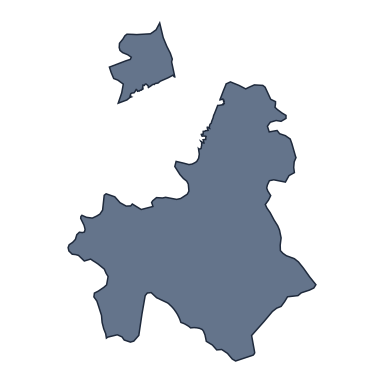 outline of Rural Damascus, Rif Dimashq, Syria
{"feature_id": "27442178B80699161134092", "entity_name": "Rural Damascus", "entity_type": "district", "adm_level": 2, "iso_a3": "SYR", "parent_name": "Syria", "parent_adm1": "Rif Dimashq", "projection": "mercator", "projection_center": [36.292, 33.405], "detail": "fine", "context": "isolated", "style": "filled", "palette": "slate", "viewbox_px": 384, "rotation_deg": 0, "n_neighbors": 0, "source": "geoboundaries", "source_scale": "gbopen_adm2", "svg_char_len": 5607}
<svg xmlns="http://www.w3.org/2000/svg" viewBox="0 0 384 384"><path d="M198.5,148.7L199.3,154.1L198.6,158.3L196.7,161.5L194.9,162.7L192.1,164.1L188.9,164.6L187.9,164.3L183.8,163.2L176.1,161.4L174.8,166.5L179.9,174.5L183.4,178.5L186.7,181.1L188.3,184.1L188.9,191.1L187.3,194.2L180.7,198.5L176.7,199.4L165.6,197.3L162.5,198.0L156.5,197.6L152.7,200.8L151.6,202.5L152.4,204.6L152.9,206.5L141.2,209.5L132.3,204.0L130.7,205.9L126.2,206.1L120.0,202.7L114.8,196.8L106.1,193.8L104.2,195.3L102.6,210.1L99.9,214.1L96.6,216.1L92.3,218.1L86.4,217.3L81.9,215.3L80.9,216.5L80.7,218.4L84.1,225.4L85.1,229.4L84.4,232.0L82.4,232.6L79.4,232.2L76.8,234.7L75.4,239.4L72.6,242.4L69.2,244.7L68.1,247.6L68.9,251.0L72.2,254.2L75.7,254.6L78.5,255.4L84.3,261.0L90.6,259.1L93.1,260.8L95.2,262.1L97.9,263.9L104.3,269.1L106.2,273.5L108.1,276.5L106.6,284.9L103.9,287.3L98.3,291.1L94.4,293.1L93.9,296.9L96.9,301.1L98.8,306.9L101.5,315.4L102.1,322.4L103.7,328.7L105.7,333.7L106.4,338.1L107.8,337.1L117.3,334.8L122.0,336.9L124.2,340.0L130.4,342.1L133.8,341.1L138.8,335.4L142.0,313.8L145.2,295.6L147.3,293.0L151.2,292.6L156.6,297.7L167.4,302.8L168.4,303.5L169.3,304.3L170.2,305.2L171.1,306.0L171.8,306.7L172.6,307.6L173.4,308.5L174.2,309.5L174.9,310.5L175.6,311.5L176.3,312.5L176.9,313.5L177.6,314.6L178.1,315.7L178.7,316.8L179.2,317.9L179.7,319.0L180.1,320.1L180.5,321.3L180.9,322.4L182.2,322.9L182.8,323.1L183.6,323.4L184.2,323.7L184.9,324.0L186.1,324.7L187.3,325.4L188.4,326.1L189.0,326.5L189.6,327.0L190.6,327.9L191.5,327.8L192.2,327.7L192.9,327.7L193.7,327.6L194.4,327.6L195.2,327.7L196.0,327.7L196.7,327.8L197.4,327.9L198.2,328.1L199.0,328.2L199.7,328.4L202.2,329.5L203.4,331.0L205.0,334.9L206.3,341.3L212.4,345.0L216.7,349.9L221.7,349.5L227.5,353.4L232.2,359.0L235.6,361.0L253.2,355.1L254.4,353.6L254.7,352.6L251.6,335.5L264.1,321.4L272.4,311.5L276.6,308.2L281.1,306.4L284.7,301.5L287.5,296.8L298.0,295.6L301.3,292.8L309.5,290.1L313.8,288.0L315.9,284.7L309.7,277.0L303.6,268.4L298.4,261.9L294.4,258.7L286.3,255.7L282.9,253.3L280.4,250.6L280.2,245.2L281.1,237.9L279.5,230.1L277.7,225.8L274.1,220.1L270.1,212.6L266.9,208.0L265.3,204.5L268.5,200.1L270.7,195.6L267.8,191.0L266.7,188.0L267.4,185.0L269.4,180.7L273.7,179.8L285.4,182.1L289.0,175.6L294.4,172.6L293.7,167.5L294.2,161.8L296.0,157.6L295.5,156.3L292.9,147.2L291.9,143.7L290.2,139.0L286.7,136.6L285.5,135.7L279.6,133.7L277.1,130.5L269.2,131.9L267.4,126.2L270.3,122.2L276.1,120.5L281.1,121.3L286.0,118.4L286.0,115.4L282.0,113.0L277.3,109.5L275.0,107.3L275.5,103.8L275.5,101.6L270.7,99.3L265.1,87.2L262.8,85.4L254.3,84.9L248.9,87.3L245.7,88.9L239.0,85.4L230.4,81.9L226.1,83.9L225.9,84.6L224.9,87.1L223.5,90.5L220.6,98.1L220.1,99.2L220.0,99.9L220.8,99.7L221.7,99.4L222.8,99.0L223.1,99.6L223.4,100.4L223.4,100.5L223.5,100.5L223.8,100.4L223.8,100.5L224.1,101.4L223.7,101.5L223.8,101.9L223.9,102.4L224.3,103.5L224.1,103.7L224.0,103.8L223.7,103.8L223.1,103.8L223.2,104.6L222.1,104.8L219.5,105.3L218.4,105.4L217.7,105.4L216.5,108.5L215.9,110.0L215.4,111.3L214.3,114.1L213.8,115.0L213.6,115.6L213.5,116.0L213.4,116.4L213.3,117.0L213.2,117.4L212.9,118.4L212.8,118.6L212.6,119.1L211.8,121.1L211.7,121.3L211.5,122.3L211.2,123.2L211.1,123.4L210.9,123.5L210.2,124.1L210.0,124.4L209.9,124.7L209.7,125.3L209.7,125.5L209.6,125.8L209.5,126.2L209.5,126.6L209.3,127.2L209.3,127.3L209.3,127.5L209.3,127.8L209.5,128.2L209.2,128.1L208.7,127.6L208.3,127.4L207.6,127.3L207.3,127.2L207.2,127.5L207.3,128.1L207.5,128.7L208.1,130.4L207.7,130.5L207.0,130.6L206.1,130.6L205.8,130.6L205.6,130.7L205.4,130.8L205.2,130.9L204.8,131.3L204.6,131.3L203.2,131.4L203.2,133.2L203.1,133.3L203.1,134.2L202.6,134.3L201.8,134.3L201.7,134.3L201.3,134.4L201.4,134.7L201.7,135.5L202.1,136.2L203.9,136.0L204.6,136.1L204.6,135.9L204.6,136.0L204.8,136.1L205.7,136.3L205.9,136.3L206.0,136.4L205.9,136.5L205.7,138.9L205.7,139.5L205.2,139.5L204.8,139.5L204.5,139.5L203.8,139.6L203.1,139.7L203.2,140.0L203.3,140.2L203.5,140.8L203.7,141.9L204.0,143.0L203.8,143.0L203.5,143.0L203.3,143.0L203.2,142.9L202.5,142.4L200.8,141.3L200.9,141.5L201.9,142.2L201.6,143.9L201.7,145.3L201.2,147.2L201.3,147.9L201.2,148.0L200.8,148.7L198.9,149.1L198.5,148.7ZM174.8,76.9L171.6,61.9L172.3,59.1L170.3,53.2L166.8,46.3L163.2,37.6L159.7,23.0L156.1,29.8L150.5,33.8L136.6,34.6L133.1,34.4L126.9,34.2L124.9,35.8L122.9,39.1L121.2,41.2L119.5,43.3L119.2,47.5L120.0,50.4L122.6,52.6L127.7,54.7L131.3,57.2L130.3,59.4L125.9,60.8L109.4,67.1L111.2,72.6L113.7,78.5L117.8,80.1L123.3,84.1L121.7,92.9L118.2,103.2L126.8,100.0L127.0,99.9L129.5,97.8L129.8,97.5L131.4,96.9L130.9,96.7L130.3,96.3L130.1,96.2L130.6,95.4L130.3,95.2L130.5,94.7L130.7,94.0L130.9,93.6L131.2,93.4L131.6,93.2L132.4,93.0L134.0,92.8L134.3,92.5L134.6,92.1L135.1,91.4L135.4,91.0L135.7,90.3L136.2,89.5L136.7,89.9L137.1,90.2L137.3,90.9L137.5,91.3L137.8,91.3L138.1,91.2L138.5,91.0L138.8,90.9L139.1,90.9L139.4,91.0L139.7,90.6L140.3,90.3L140.8,90.1L141.1,90.2L141.4,90.1L141.7,89.8L142.1,89.4L142.7,89.3L143.0,88.9L143.0,88.6L142.4,88.2L142.5,87.8L142.9,87.3L142.8,86.9L142.8,86.6L142.8,86.3L142.9,85.9L143.0,85.1L143.4,85.2L143.6,85.4L143.9,85.4L144.2,85.5L144.4,85.4L144.6,85.2L144.7,84.8L144.8,84.7L145.0,84.5L145.2,84.2L145.5,84.1L145.9,84.0L146.3,84.2L146.7,84.5L147.4,85.2L147.7,85.3L147.9,85.5L148.0,85.7L148.2,86.2L148.3,87.1L148.3,87.3L148.4,87.5L151.0,85.8L151.0,85.7L153.1,84.3L153.3,84.3L154.3,84.5L154.4,84.4L154.5,84.3L154.7,84.0L155.0,83.6L155.9,83.3L156.6,83.3L156.8,83.3L157.0,83.3L157.3,83.1L157.5,83.1L158.0,83.0L158.3,82.9L158.5,82.8L158.8,82.4L160.3,81.2L168.3,77.7L172.9,75.2L173.5,75.9L174.2,76.7L174.3,76.8L174.6,76.9L174.8,76.9Z" fill="#64748b" stroke="#1e293b" stroke-width="1.5"/></svg>